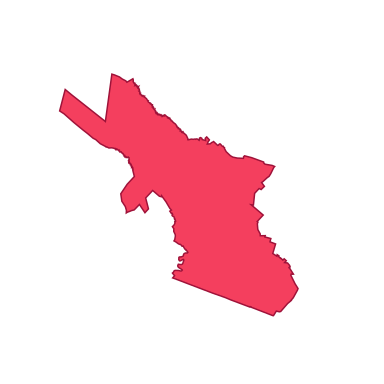 outline of Roerdalen, Limburg, Netherlands, rotated 245°
{"feature_id": "6326949B39652859333828", "entity_name": "Roerdalen", "entity_type": "district", "adm_level": 2, "iso_a3": "NLD", "parent_name": "Netherlands", "parent_adm1": "Limburg", "projection": "orthographic", "projection_center": [6.075, 51.145], "detail": "fine", "context": "isolated", "style": "filled", "palette": "rose", "viewbox_px": 384, "rotation_deg": 245, "n_neighbors": 0, "source": "geoboundaries", "source_scale": "gbopen_adm2", "svg_char_len": 6091}
<svg xmlns="http://www.w3.org/2000/svg" viewBox="0 0 384 384"><g transform="rotate(245 192 192)"><path d="M91.4,168.2L82.0,177.8L78.0,181.4L63.6,195.5L63.8,195.6L63.3,196.2L63.4,196.5L63.2,196.7L63.1,196.4L59.7,199.7L45.8,213.0L45.5,213.6L48.4,218.1L46.5,220.5L46.2,221.9L50.5,231.5L51.7,236.0L51.9,235.9L53.3,239.0L58.4,246.0L59.7,247.3L65.4,246.6L74.8,246.4L75.7,247.3L75.0,248.3L74.7,249.2L81.5,248.3L82.4,247.9L82.9,248.8L82.5,249.0L83.0,249.4L84.4,249.4L87.3,248.6L88.9,246.1L89.9,248.4L92.5,247.3L91.9,245.6L94.8,244.4L94.7,244.1L96.8,243.3L97.4,243.8L99.2,242.7L97.9,241.8L102.1,239.2L109.6,245.8L113.9,241.6L116.5,243.8L120.5,239.0L121.5,239.9L123.5,235.4L125.3,236.1L130.2,235.8L135.6,237.8L136.8,239.0L137.7,238.6L141.0,246.8L155.5,240.2L154.3,242.2L164.3,248.2L166.8,254.3L165.0,255.7L166.5,260.0L171.2,259.1L171.4,260.5L173.2,266.2L173.6,268.5L175.3,271.1L179.6,276.4L180.2,277.7L182.2,275.9L186.3,270.0L187.8,269.3L188.9,269.6L197.9,260.6L202.6,254.9L202.1,253.6L201.3,253.3L200.8,252.8L203.6,247.4L206.4,243.7L208.7,242.1L214.1,240.0L217.8,239.8L218.5,240.2L219.1,239.7L220.3,239.6L220.3,239.1L220.9,238.7L223.5,238.0L223.8,237.6L223.9,237.1L223.2,235.4L223.3,235.0L228.6,232.9L228.5,232.3L228.5,230.7L228.0,228.8L229.0,226.1L230.8,227.9L231.6,229.5L231.9,229.8L235.7,228.6L235.1,226.7L232.9,226.1L235.2,223.4L236.5,223.6L237.7,222.8L237.8,222.2L237.6,221.5L236.3,221.0L235.8,220.3L237.4,219.5L238.1,218.8L238.3,217.5L238.5,217.5L238.8,216.9L239.2,215.4L240.2,213.8L240.9,210.7L241.2,210.3L241.9,210.8L245.9,210.8L249.1,209.4L249.5,208.9L249.9,209.1L249.8,208.5L250.1,208.2L250.4,208.4L250.3,208.0L250.5,207.9L250.9,208.1L252.0,207.7L252.3,207.3L252.5,207.9L253.6,207.5L253.8,207.8L253.6,208.0L253.9,208.0L254.1,207.8L254.3,207.3L255.2,207.0L255.2,206.6L255.9,206.9L256.3,206.2L256.7,206.3L256.7,206.0L257.4,205.9L257.9,206.1L258.1,205.9L258.4,206.1L260.6,205.7L263.2,204.3L264.6,204.1L265.2,203.3L266.4,203.4L267.5,202.8L268.0,203.1L268.3,202.3L268.8,202.0L269.1,202.3L269.3,201.8L269.1,201.6L269.6,201.2L270.1,201.7L271.7,200.6L272.3,200.6L273.4,200.0L273.6,199.4L273.4,198.7L273.1,198.7L273.3,198.5L273.0,197.7L273.4,197.6L273.5,197.3L273.3,196.9L274.2,197.0L274.1,196.7L274.6,196.6L274.4,196.4L274.4,196.1L275.6,195.8L275.5,195.3L275.7,194.9L276.0,194.9L275.9,195.1L276.0,195.3L276.6,195.0L276.6,194.0L277.0,194.0L276.5,193.7L276.7,193.4L277.3,193.5L277.2,193.8L277.5,194.0L278.0,193.9L278.0,193.3L278.6,193.3L278.5,193.0L278.1,193.0L278.3,192.6L279.0,192.7L279.1,193.2L279.5,193.4L279.9,193.1L279.8,192.8L280.1,192.7L280.8,193.2L281.0,193.0L281.8,193.1L282.3,192.8L282.9,193.3L282.9,192.8L283.6,192.4L284.4,192.8L284.7,192.3L285.2,192.7L285.4,192.5L285.4,192.8L285.6,192.8L286.0,192.3L287.0,192.7L287.2,192.2L287.8,192.3L288.0,192.7L288.4,192.1L289.5,191.9L289.6,191.6L289.9,191.5L289.8,192.0L290.1,191.9L290.1,191.5L290.4,191.6L291.9,190.5L293.4,190.5L293.4,190.8L294.4,190.3L295.9,190.2L297.6,189.3L298.2,189.3L298.3,189.0L298.7,189.3L299.0,189.0L299.1,189.3L299.9,188.3L299.4,187.7L300.3,188.1L300.5,187.7L300.3,187.6L300.8,187.4L300.7,187.0L302.1,186.9L302.3,186.5L302.5,186.8L303.1,186.5L303.4,186.9L303.7,186.4L304.8,187.1L305.6,186.7L305.5,187.1L306.0,187.3L306.8,187.3L307.4,187.7L308.5,187.0L308.6,187.4L309.4,187.1L309.6,187.6L309.9,187.2L310.2,187.7L310.2,187.4L310.9,187.2L310.5,187.1L310.7,186.8L311.1,187.1L311.6,186.6L311.6,187.0L311.8,187.0L312.1,186.5L312.6,186.3L312.7,186.6L313.1,186.4L313.2,186.2L313.1,185.8L313.3,186.0L313.7,185.7L314.3,185.8L314.5,186.1L314.7,185.6L315.5,185.7L315.8,185.6L315.9,185.3L316.6,185.3L316.5,185.0L316.9,185.4L318.6,186.2L319.6,186.3L319.0,179.4L320.7,179.0L323.8,176.6L326.9,174.9L330.8,171.3L332.7,169.2L292.5,143.3L331.3,123.8L338.5,120.4L321.4,106.3L316.9,109.1L304.7,114.4L294.3,119.4L289.0,122.1L282.5,125.1L280.2,126.9L274.5,129.3L269.9,132.8L269.0,133.2L269.0,133.7L267.0,135.3L266.0,137.9L264.6,139.8L264.0,140.1L263.9,140.8L262.6,140.9L262.8,141.4L262.2,141.7L262.3,141.9L262.1,142.1L262.5,142.2L262.3,142.4L261.3,142.7L260.9,143.4L260.7,143.0L260.3,143.0L259.6,143.7L258.7,143.6L258.7,144.1L258.1,144.3L258.3,144.3L258.2,144.8L257.5,144.7L256.4,145.5L256.3,145.3L255.2,145.8L254.6,145.6L253.9,146.0L253.6,145.9L253.6,146.1L253.3,145.9L253.0,146.2L252.9,146.0L252.6,146.4L252.2,146.2L252.2,146.5L251.5,146.7L251.7,147.0L251.3,147.1L251.2,147.5L250.6,147.6L250.5,147.9L250.7,148.9L249.6,149.4L248.1,148.6L247.8,148.7L247.6,148.2L246.9,148.1L246.9,147.7L246.2,148.0L245.7,147.9L246.2,147.7L245.5,147.1L245.1,147.1L245.1,147.4L244.7,147.2L244.6,147.7L244.3,147.7L244.1,148.0L243.5,147.8L243.6,148.1L243.2,148.4L242.7,148.3L242.2,147.9L241.9,148.0L242.1,148.2L242.0,148.4L241.5,148.4L241.3,148.3L241.3,148.0L241.6,148.1L241.3,147.9L240.7,148.2L240.6,147.8L239.9,147.7L240.0,148.2L239.6,148.3L239.5,148.1L239.4,148.4L239.1,148.3L239.0,148.5L238.6,148.4L238.6,148.2L238.0,148.1L238.2,147.4L237.8,147.9L236.9,147.9L236.6,147.5L230.4,146.3L226.4,136.5L220.5,126.7L213.3,124.5L206.9,125.4L203.1,124.8L200.8,123.6L201.0,125.1L200.8,126.9L200.7,129.4L200.2,132.1L202.9,139.1L193.1,140.6L195.1,145.4L206.2,147.5L210.0,157.0L202.0,160.6L200.5,162.4L201.3,162.9L194.0,164.3L186.6,165.0L184.3,165.7L184.0,163.8L181.4,164.2L181.5,164.5L181.3,164.9L179.9,165.0L179.4,164.1L178.7,164.1L177.8,164.6L177.5,165.1L174.7,165.1L174.8,164.7L172.6,164.9L172.5,164.1L172.2,164.1L172.1,163.7L171.6,163.7L170.6,163.0L169.6,161.6L168.9,159.6L166.4,160.0L164.0,158.8L160.5,158.8L159.1,158.3L157.1,156.9L156.2,156.3L155.3,155.0L153.5,156.3L150.9,157.7L149.7,158.7L149.3,159.5L147.0,160.1L146.8,161.1L143.3,161.4L142.4,162.2L141.8,161.9L140.2,162.7L139.0,162.7L138.7,162.1L139.5,160.2L139.5,158.8L139.0,158.0L137.8,157.1L137.6,156.4L137.8,154.7L138.4,153.3L138.3,152.5L136.2,151.4L134.9,151.6L134.6,152.1L134.5,152.7L134.7,155.5L134.4,155.8L133.7,155.8L131.1,153.4L130.7,152.7L130.8,151.5L132.3,149.1L131.5,148.1L130.4,147.7L129.4,147.9L125.7,150.2L125.3,150.2L125.0,149.6L125.0,148.6L126.6,146.6L128.0,143.8L128.2,142.7L127.1,141.1L126.8,140.0L123.5,140.8L122.3,138.2L91.4,168.2Z" fill="#f43f5e" stroke="#9f1239" stroke-width="1.5"/></g></svg>